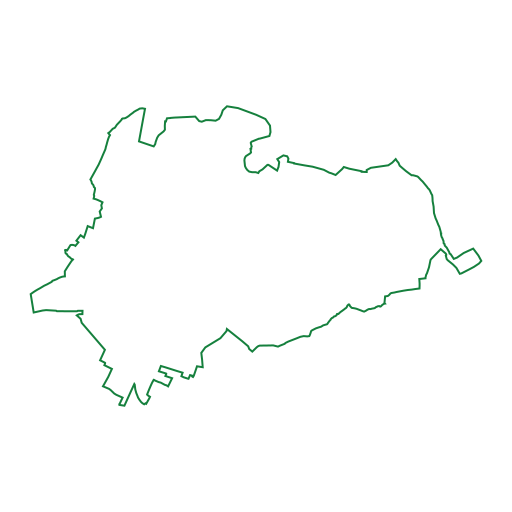 Teius, Alba, Romania
{"feature_id": "2599482B68392846868701", "entity_name": "Teius", "entity_type": "district", "adm_level": 2, "iso_a3": "ROU", "parent_name": "Romania", "parent_adm1": "Alba", "projection": "mercator", "projection_center": [23.717, 46.211], "detail": "fine", "context": "isolated", "style": "outline", "palette": "green", "viewbox_px": 512, "rotation_deg": 0, "n_neighbors": 0, "source": "geoboundaries", "source_scale": "gbopen_adm2", "svg_char_len": 5999}
<svg xmlns="http://www.w3.org/2000/svg" viewBox="0 0 512 512"><path d="M124.4,405.7L129.8,393.8L132.5,387.9L134.3,384.0L134.7,384.6L135.3,389.5L136.3,393.1L137.6,396.3L138.0,397.5L139.3,399.6L141.0,401.9L142.4,403.2L144.2,404.3L145.5,403.3L146.2,403.8L149.2,398.5L150.0,396.8L148.3,395.7L147.1,394.6L147.3,394.0L149.1,389.5L150.6,386.0L152.0,382.9L153.7,379.8L154.1,379.9L155.2,380.6L157.1,381.4L158.7,382.1L159.9,382.4L160.7,382.6L162.0,383.3L164.0,384.4L165.2,385.0L166.5,385.3L166.8,385.5L167.3,385.9L168.1,386.4L172.1,378.2L165.4,376.0L166.3,373.8L166.2,373.6L165.1,373.2L158.9,371.3L159.0,371.0L160.9,366.0L165.3,367.3L177.0,371.0L182.6,372.7L181.4,376.2L182.5,376.7L183.7,377.3L188.4,378.8L188.5,378.8L190.1,375.1L192.0,375.6L192.0,376.2L192.3,376.6L193.0,377.0L193.8,375.7L196.0,369.3L197.0,366.3L202.7,367.2L202.1,359.7L201.3,352.9L205.3,347.4L220.4,338.2L226.5,331.1L226.9,329.0L242.2,341.2L248.2,346.3L249.2,349.0L252.3,351.6L256.8,347.2L258.3,346.1L259.8,345.6L267.6,345.5L273.2,345.4L278.0,346.6L279.9,345.7L284.7,343.8L285.4,343.0L288.2,341.6L296.7,338.3L300.4,336.8L303.7,336.1L307.3,336.4L309.3,336.1L309.9,334.9L310.6,332.9L311.0,331.5L311.2,331.0L312.1,330.3L315.8,328.4L318.7,327.4L321.1,326.7L323.1,325.4L325.0,324.8L326.9,324.3L327.3,324.0L328.0,322.9L329.1,321.4L330.0,320.3L330.6,319.7L330.7,319.3L331.2,318.7L331.8,318.1L332.9,317.6L333.7,316.8L334.1,316.4L334.9,316.3L335.5,316.0L336.5,315.3L336.8,314.4L337.0,314.0L337.3,313.9L337.8,314.0L338.3,314.0L338.6,313.8L339.5,312.9L340.5,312.0L341.8,311.1L343.7,309.7L344.5,309.1L345.3,308.4L345.9,308.1L346.7,307.2L347.4,305.6L348.4,304.6L348.8,304.4L349.2,304.5L349.6,305.1L349.8,305.8L350.4,306.5L350.9,307.0L351.3,307.5L352.1,308.0L352.8,308.0L355.0,308.4L356.6,308.8L359.7,310.0L360.6,310.3L362.5,311.1L364.1,311.6L365.8,310.8L367.0,310.0L368.5,309.2L369.4,309.0L370.1,309.1L371.2,308.9L371.7,308.7L374.4,308.2L374.7,308.1L375.5,307.5L375.8,307.2L376.8,306.8L377.5,306.4L378.2,306.2L379.3,306.1L379.8,306.5L380.3,306.6L380.8,306.4L381.3,305.9L382.3,304.9L383.9,303.8L385.0,303.6L384.4,302.8L384.6,301.6L385.1,296.4L387.8,296.0L388.5,295.5L389.5,294.6L390.4,293.5L391.4,293.0L394.5,292.5L396.5,292.0L401.8,291.0L403.4,290.7L407.8,290.0L411.7,289.6L415.5,289.0L419.5,288.5L419.6,285.4L419.6,283.5L419.3,279.0L425.5,278.3L425.5,278.1L425.4,277.7L425.7,276.8L426.1,274.9L427.0,273.2L429.0,267.3L430.5,260.0L431.2,259.0L440.7,249.2L445.8,253.6L446.3,254.9L445.8,255.5L446.7,259.0L447.7,260.2L453.0,264.5L456.4,267.9L459.8,273.8L461.4,273.4L469.4,269.3L473.9,266.9L479.0,263.5L481.3,260.9L478.4,255.5L473.2,248.6L463.7,253.0L457.0,257.6L453.8,258.9L450.7,254.2L449.6,253.6L449.3,252.3L446.7,247.6L444.8,245.6L444.6,244.1L443.7,243.4L443.5,241.0L442.7,239.2L442.5,238.4L441.7,237.1L441.1,235.1L441.2,233.7L440.9,233.7L440.7,231.7L439.3,226.8L438.3,224.8L436.7,220.7L435.6,218.3L434.0,213.1L433.6,206.6L432.6,201.1L432.5,198.1L432.2,195.2L431.4,193.9L429.8,190.4L429.0,189.2L428.1,188.4L426.8,186.6L425.3,184.8L422.6,181.5L421.2,180.2L418.1,176.9L417.3,176.4L415.2,175.8L412.9,175.2L411.8,175.3L411.1,174.9L406.1,171.2L402.2,167.9L399.7,165.7L398.4,162.7L397.1,161.2L395.7,159.1L392.3,162.6L388.3,165.3L370.9,167.8L366.7,170.0L366.7,172.0L361.6,171.8L361.6,171.2L349.3,168.7L343.8,167.0L342.1,169.1L335.6,175.0L331.4,173.3L329.3,172.7L323.8,169.8L312.6,166.7L304.6,165.4L294.1,163.5L294.1,163.1L287.9,161.8L288.4,158.6L287.2,156.3L283.4,155.4L277.3,159.1L279.2,162.1L278.5,167.1L278.1,167.9L277.1,170.6L268.5,164.9L267.4,164.9L262.5,169.4L259.3,171.3L258.3,173.0L255.7,172.2L252.1,172.2L249.2,171.6L247.2,169.9L245.8,167.9L245.0,166.1L244.4,160.5L244.6,158.7L245.3,157.0L246.2,155.9L246.9,155.5L250.0,153.5L251.0,152.5L250.5,148.9L251.2,148.8L251.3,147.2L251.7,146.5L250.8,143.2L250.8,142.6L251.6,141.7L258.9,138.7L259.5,138.7L269.4,136.0L270.5,132.1L270.0,125.6L265.4,119.0L256.2,114.8L238.1,108.1L227.0,106.3L222.8,110.3L221.3,114.8L219.0,118.9L215.6,120.7L210.8,120.2L205.9,120.1L201.8,121.7L199.2,121.1L195.3,116.6L174.3,117.6L170.7,117.9L170.6,118.0L167.0,118.3L165.9,121.5L165.1,121.4L164.8,125.9L164.9,129.7L163.6,131.4L158.7,135.3L157.2,137.7L155.7,141.8L155.2,144.1L153.7,146.4L139.0,141.4L143.1,119.0L145.0,108.8L142.3,108.3L139.7,108.6L137.9,109.7L136.1,110.6L133.9,111.9L133.3,112.5L132.2,113.3L130.0,114.9L129.4,115.5L127.6,116.8L125.9,117.8L125.0,118.2L123.9,118.4L122.9,118.4L122.0,118.8L121.7,119.5L121.2,120.1L120.1,121.4L119.2,122.3L117.6,124.0L116.9,124.7L115.0,127.6L113.8,128.3L112.7,128.8L110.6,131.1L110.0,131.8L108.3,133.1L109.1,134.1L110.0,135.1L109.0,136.8L108.1,139.2L107.1,142.6L106.6,144.6L105.9,146.9L105.5,148.8L105.1,149.9L102.6,155.6L101.7,157.8L100.2,161.2L98.6,164.7L97.6,166.5L96.1,169.2L95.3,170.7L90.4,179.5L91.0,180.4L91.6,181.8L91.9,183.4L93.3,185.0L93.7,186.1L93.9,187.0L94.8,187.8L95.0,188.5L95.0,189.4L94.6,191.6L94.3,192.9L93.8,194.9L94.1,195.4L94.2,196.0L93.9,197.5L93.6,198.6L96.3,199.4L98.0,200.1L100.2,201.1L102.5,202.3L101.3,205.2L101.9,208.4L99.7,211.5L101.0,216.8L99.5,217.5L97.9,218.0L94.9,218.6L93.0,228.2L87.7,226.1L85.2,234.0L83.9,237.6L80.6,235.2L76.4,240.7L78.4,242.3L75.4,245.9L74.7,245.4L73.3,245.0L72.4,244.9L71.6,244.9L70.5,245.1L70.2,245.5L67.2,250.4L66.1,249.9L65.2,250.0L65.1,250.5L65.5,251.2L65.4,252.1L65.5,253.0L66.3,253.9L67.1,254.3L67.4,255.2L68.3,256.3L69.7,257.2L71.0,258.5L71.9,259.1L72.7,259.2L73.0,259.5L71.7,260.8L70.7,262.2L67.5,267.0L64.8,271.3L64.9,276.4L63.5,276.5L61.9,276.8L59.7,277.6L58.2,278.3L56.9,279.1L53.9,280.3L52.4,280.8L52.0,281.5L51.6,281.9L47.2,284.3L44.2,285.7L39.9,288.3L37.5,289.6L35.5,290.8L33.5,292.1L30.7,294.1L33.7,312.5L42.7,310.5L46.2,310.1L56.1,310.7L56.9,311.2L76.9,311.3L77.8,310.8L82.5,310.8L82.4,314.1L79.4,314.2L78.2,314.6L76.8,315.4L80.6,318.8L81.7,322.8L104.9,349.8L100.1,360.3L104.7,362.6L105.1,362.9L105.1,363.4L104.4,365.2L111.9,368.9L108.3,376.8L103.0,386.3L109.1,388.9L110.7,390.1L114.2,393.5L116.3,394.8L122.6,397.6L119.9,403.3L119.3,404.2L119.4,404.9L124.4,405.7Z" fill="none" stroke="#15803d" stroke-width="2"/></svg>